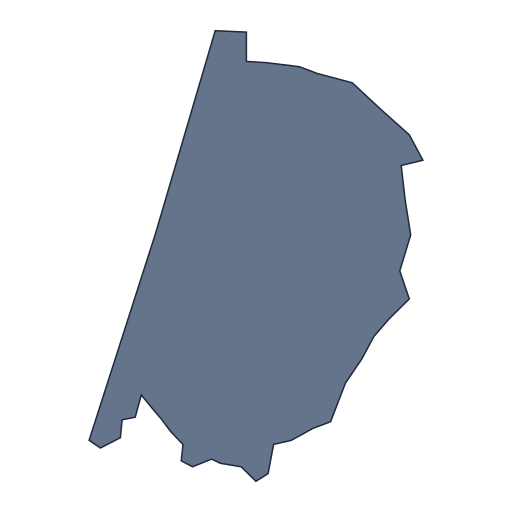 the district of Syrianochori, Cyprus
{"feature_id": "46923920B17336171931984", "entity_name": "Syrianochori", "entity_type": "district", "adm_level": 2, "iso_a3": "CYP", "parent_name": "Cyprus", "parent_adm1": "", "projection": "robinson", "projection_center": [32.933, 35.219], "detail": "fine", "context": "isolated", "style": "filled", "palette": "slate", "viewbox_px": 512, "rotation_deg": 0, "n_neighbors": 0, "source": "geoboundaries", "source_scale": "gbopen_adm2", "svg_char_len": 628}
<svg xmlns="http://www.w3.org/2000/svg" viewBox="0 0 512 512"><path d="M100.4,448.0L120.4,437.7L122.1,419.8L135.2,417.2L141.3,395.0L152.5,408.7L161.2,418.9L170.8,431.7L183.0,444.5L181.2,460.8L192.5,466.8L211.6,459.1L220.3,463.3L241.2,466.8L255.9,481.3L268.1,473.6L273.6,444.4L291.2,440.4L312.9,428.4L330.6,421.7L345.5,383.0L361.8,359.0L374.0,336.3L389.0,319.0L409.3,298.9L399.8,270.9L410.7,234.9L405.2,200.2L401.2,165.5L422.9,160.2L409.3,134.8L380.8,109.4L352.3,82.8L317.0,73.4L299.4,66.7L266.8,62.7L246.4,61.4L246.4,32.1L215.2,30.7L155.5,233.6L89.1,440.3L100.4,448.0Z" fill="#64748b" stroke="#1e293b" stroke-width="1.5"/></svg>